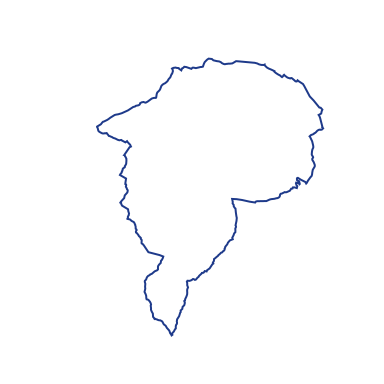 Campani, Bihor, Romania, rotated 107°
{"feature_id": "2599482B94404645511212", "entity_name": "Campani", "entity_type": "district", "adm_level": 2, "iso_a3": "ROU", "parent_name": "Romania", "parent_adm1": "Bihor", "projection": "albers", "projection_center": [22.559, 46.517], "detail": "fine", "context": "isolated", "style": "outline", "palette": "blue", "viewbox_px": 384, "rotation_deg": 107, "n_neighbors": 0, "source": "geoboundaries", "source_scale": "gbopen_adm2", "svg_char_len": 5973}
<svg xmlns="http://www.w3.org/2000/svg" viewBox="0 0 384 384"><g transform="rotate(107 192 192)"><path d="M157.2,301.9L157.7,301.7L158.4,300.9L160.8,299.5L161.5,298.3L161.9,296.5L162.1,295.5L162.1,294.5L161.7,293.2L161.2,292.4L161.2,291.9L160.6,290.9L160.8,290.4L161.2,290.1L161.7,289.2L162.7,287.9L162.6,287.0L162.8,285.7L162.8,284.7L163.1,284.0L163.3,282.5L163.3,281.0L163.8,278.3L163.8,276.6L162.9,274.9L162.9,274.7L163.4,273.7L163.4,273.2L164.0,270.2L162.4,269.0L163.0,268.3L163.6,267.2L163.9,266.8L164.8,265.1L165.5,264.4L165.9,264.2L166.4,263.7L167.4,264.8L176.4,267.6L176.3,267.2L177.4,266.5L178.0,265.7L179.5,264.4L180.4,264.2L181.1,263.9L184.3,263.2L185.2,263.3L187.0,263.8L187.6,263.5L188.1,263.6L189.4,264.7L189.9,264.9L190.4,265.0L191.0,264.8L191.6,264.9L192.2,264.8L192.8,265.1L194.0,264.9L195.8,265.7L196.8,265.9L198.4,259.0L203.1,258.3L204.0,258.0L204.0,257.4L204.3,257.1L204.8,256.9L206.3,256.8L207.5,255.5L208.2,255.1L209.1,254.0L209.8,253.8L211.4,253.7L214.9,255.3L217.7,255.1L220.8,256.6L222.3,257.2L223.1,257.4L223.2,256.6L224.1,256.2L225.5,254.9L227.2,248.1L229.0,247.3L231.0,245.9L231.9,245.9L232.5,245.7L234.3,246.1L235.4,245.7L236.3,246.0L236.6,245.9L236.4,243.6L236.5,242.9L237.3,241.4L237.7,239.3L238.0,238.5L239.1,237.5L239.4,237.3L239.8,236.8L240.4,236.6L241.3,235.9L243.6,235.1L244.1,234.1L244.7,233.8L245.7,234.1L246.2,234.1L247.1,233.7L247.6,232.4L248.4,231.4L248.6,230.9L249.2,230.4L249.8,229.7L249.9,229.3L250.9,227.5L251.6,227.4L252.3,226.6L252.4,226.3L252.8,226.0L255.3,225.4L255.9,225.1L256.2,223.9L256.5,223.3L256.9,222.9L257.0,222.6L262.3,216.1L261.8,204.6L262.1,200.6L263.7,200.6L265.6,200.9L266.7,201.5L269.2,201.2L270.7,202.1L272.4,202.7L273.4,202.7L276.0,201.9L277.0,202.4L278.8,204.5L282.0,206.5L283.1,207.9L283.7,208.1L285.2,209.5L286.0,209.9L287.0,210.2L289.1,210.3L290.7,211.1L291.7,210.9L293.4,209.8L296.2,209.2L298.2,208.4L301.4,208.2L303.1,206.6L304.6,205.5L307.0,204.6L307.9,204.0L307.8,202.7L308.1,201.8L308.8,200.8L309.1,200.3L310.4,199.0L311.7,198.2L312.7,198.3L315.1,197.2L316.6,196.8L318.2,195.5L319.7,193.9L322.6,192.8L323.0,192.5L323.2,192.0L323.7,191.3L324.1,191.1L324.4,190.5L324.0,190.0L324.2,189.0L324.1,188.3L324.3,187.4L324.3,186.0L324.0,184.7L324.5,182.6L326.8,180.3L327.6,178.1L329.3,176.3L331.2,173.2L333.5,171.5L334.3,170.3L335.1,169.6L334.3,169.0L333.5,169.5L332.8,169.6L330.8,168.6L328.2,168.1L327.3,167.6L325.0,168.3L323.5,168.3L322.4,167.9L321.1,168.2L320.2,168.7L318.1,169.0L314.5,168.0L310.9,168.0L310.1,167.7L308.6,168.2L306.7,167.1L304.6,167.4L302.5,166.3L300.5,166.4L299.7,166.6L298.8,167.4L298.3,167.5L297.8,167.0L296.3,167.2L293.8,166.8L291.4,166.7L289.7,167.1L287.8,167.8L286.4,168.1L284.4,167.9L282.6,169.3L280.3,170.0L279.3,170.7L278.2,170.4L277.7,168.4L276.9,167.2L275.7,166.1L275.0,165.7L274.8,164.9L275.2,163.5L274.5,162.6L272.3,161.7L271.2,160.9L270.1,160.7L267.2,159.0L266.5,158.9L265.9,157.5L265.5,157.2L263.9,156.7L263.7,154.8L262.4,154.7L259.9,152.8L255.1,151.4L254.2,150.7L253.4,151.4L251.6,150.9L249.6,151.3L248.3,150.3L246.9,149.5L245.7,148.6L244.5,148.2L243.6,147.5L241.6,146.5L240.9,145.5L239.6,145.0L238.5,144.1L237.2,144.0L236.6,144.3L235.6,144.0L235.0,144.2L234.4,144.1L231.8,143.0L229.9,142.8L227.2,141.6L225.3,139.2L224.0,140.1L221.2,139.6L219.7,139.6L218.8,139.4L217.9,138.8L216.6,139.1L214.3,139.9L212.6,139.7L211.8,140.0L211.2,140.6L206.7,141.0L203.7,141.6L202.1,142.5L198.7,144.1L195.1,145.6L194.7,146.5L193.5,147.9L192.1,148.4L191.1,149.8L189.6,150.1L186.9,151.6L185.8,147.2L185.0,141.7L184.4,134.1L183.6,128.5L182.7,128.3L182.2,127.7L181.8,127.1L178.9,118.2L176.5,115.5L175.7,114.2L174.4,111.2L173.2,109.3L172.9,108.5L172.0,107.5L171.3,107.0L170.2,106.8L168.9,107.0L167.8,106.7L167.3,105.7L165.0,103.3L165.0,102.8L164.6,101.6L162.2,98.8L159.8,98.1L159.3,96.9L158.1,96.8L157.6,95.1L157.6,92.9L155.6,93.0L154.9,94.1L153.2,95.2L152.6,95.1L152.8,94.2L152.4,93.5L152.0,93.3L152.2,92.8L153.2,91.5L152.8,91.3L150.9,92.4L150.3,93.0L150.4,94.0L149.9,95.1L148.4,95.6L147.9,95.5L147.5,94.9L148.4,91.6L149.3,86.5L150.5,85.3L149.7,84.9L147.2,84.4L143.4,83.1L141.7,82.3L140.2,82.3L138.1,82.7L135.4,83.0L131.8,82.1L131.1,82.2L130.1,82.6L127.9,84.3L126.0,86.4L125.0,86.7L123.8,86.3L123.3,86.3L121.4,88.3L121.0,88.5L118.2,89.1L116.1,89.3L114.2,89.0L113.3,89.2L112.0,89.8L108.4,91.9L104.7,95.3L104.4,95.8L102.8,94.9L101.4,93.1L100.6,92.4L100.0,92.2L99.5,91.5L98.7,91.0L96.8,90.1L95.6,89.1L94.9,87.9L95.0,87.7L94.9,87.1L94.4,86.1L92.8,85.2L92.1,86.1L91.9,86.5L91.5,86.4L83.5,91.3L82.1,92.4L81.3,93.4L79.2,91.4L76.9,91.6L75.1,91.4L73.8,93.6L74.0,94.9L68.9,102.5L66.2,107.3L57.8,115.7L56.3,117.4L54.8,122.6L54.3,123.7L55.7,124.2L55.9,125.4L54.9,127.5L53.9,130.0L54.1,130.7L54.7,131.3L54.7,133.8L54.6,134.4L53.5,137.4L53.0,138.2L53.6,138.6L54.9,138.9L55.8,139.5L55.5,140.4L54.8,141.8L54.5,143.7L53.8,146.2L53.3,147.5L52.8,148.5L52.3,148.5L51.8,151.8L51.5,154.9L51.0,156.9L49.6,159.5L48.9,159.8L49.6,160.6L50.2,162.9L50.3,164.3L50.3,165.5L50.0,167.0L50.1,169.7L53.6,186.4L54.0,188.1L57.2,191.0L58.2,193.3L58.6,194.7L59.2,195.9L59.5,196.7L60.2,197.9L60.3,199.2L60.0,201.1L59.4,202.4L59.2,204.2L59.6,206.6L59.8,210.1L59.0,211.9L59.6,215.1L61.1,216.3L64.0,217.8L65.8,218.1L68.9,218.2L69.6,219.3L70.0,220.4L72.4,224.5L72.6,226.7L73.0,227.9L74.4,228.6L74.2,234.0L74.5,236.0L75.9,236.7L76.7,237.6L78.8,237.8L77.8,240.7L77.4,241.0L77.8,242.9L77.8,244.1L78.7,246.0L79.4,246.8L79.8,247.2L80.6,246.3L82.0,245.6L84.7,245.6L85.3,246.0L88.7,246.3L90.8,247.3L93.3,247.9L95.7,249.4L97.2,251.0L98.8,252.0L99.6,252.3L102.9,252.5L104.2,252.8L107.0,254.3L108.6,254.4L112.0,253.9L112.6,254.1L112.9,255.3L113.3,256.2L114.4,257.8L118.6,260.9L120.1,262.4L120.2,263.6L120.1,264.4L120.1,264.7L121.0,266.4L122.3,267.6L123.1,267.5L123.8,267.7L124.4,268.2L124.7,268.5L126.0,270.9L126.9,271.5L127.9,273.1L132.7,277.1L137.2,282.2L139.2,285.2L140.3,287.4L141.0,288.5L144.9,291.9L146.6,293.1L147.9,294.2L150.4,296.9L150.9,297.7L151.9,298.2L153.8,298.9L157.2,301.9Z" fill="none" stroke="#1e3a8a" stroke-width="2"/></g></svg>